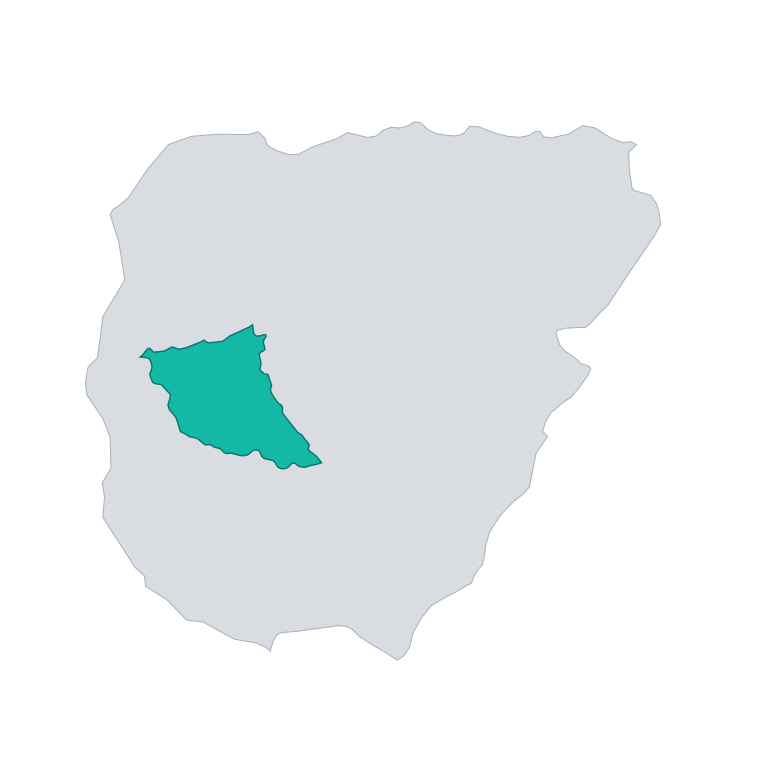 Florida highlighted on a map of Uruguay, rotated 81°
{"feature_id": "URY-18", "entity_name": "Florida", "entity_type": "Department", "adm_level": 1, "iso_a3": "URY", "parent_name": "Uruguay", "parent_adm1": "", "projection": "orthographic", "projection_center": [-55.814, -33.776], "detail": "fine", "context": "in_parent", "style": "filled", "palette": "teal", "viewbox_px": 768, "rotation_deg": 81, "n_neighbors": 0, "source": "natural_earth", "source_scale": "10m", "svg_char_len": 5002}
<svg xmlns="http://www.w3.org/2000/svg" viewBox="0 0 768 768"><g transform="rotate(81 384 384)"><path d="M630.4,537.9L625.3,542.3L619.7,550.9L612.8,571.5L590.9,599.8L586.2,615.9L563.0,632.4L546.5,651.1L536.0,650.5L526.4,658.5L471.6,682.6L452.1,677.8L437.6,677.8L424.2,666.8L393.4,662.8L374.2,667.1L348.3,679.2L340.5,679.0L334.9,678.4L320.9,673.5L313.2,662.9L273.2,651.0L240.7,623.7L202.7,623.7L173.7,627.9L169.1,624.3L166.0,617.2L159.7,607.1L134.1,583.1L113.7,559.3L109.2,535.5L111.3,509.4L116.5,478.5L115.2,468.9L122.5,463.2L129.8,462.0L136.6,453.8L142.7,441.7L143.6,432.5L138.3,415.8L134.4,392.2L130.0,380.6L137.8,361.9L137.9,352.9L133.1,345.1L131.6,337.0L133.6,328.6L133.0,320.5L129.8,312.9L131.9,306.5L139.3,301.3L144.8,293.4L148.3,282.9L150.1,274.9L150.0,269.4L147.7,264.3L142.9,259.5L144.9,249.8L153.6,235.1L159.1,222.1L161.6,210.8L161.2,201.8L158.1,194.9L159.3,190.3L164.8,187.7L167.1,180.4L166.0,162.3L159.9,147.4L164.1,135.5L176.5,121.6L182.9,110.4L183.4,102.0L187.2,97.1L193.4,106.1L211.4,108.2L229.5,108.3L232.4,105.9L239.4,91.0L248.7,86.6L258.9,85.4L270.1,86.0L282.1,95.8L315.9,127.7L340.6,149.9L348.1,160.5L354.6,168.3L359.5,175.7L357.4,194.8L357.8,203.2L358.9,205.6L364.5,205.8L372.8,204.4L379.8,200.3L385.2,194.2L390.6,189.2L394.9,186.5L396.5,182.5L399.0,178.3L401.5,177.4L406.4,180.5L417.8,191.5L426.6,201.6L428.8,207.4L432.2,213.4L435.8,218.7L438.3,223.8L446.9,230.5L455.5,234.8L461.4,230.6L476.1,244.6L508.5,256.5L514.4,263.6L519.9,273.7L531.1,288.9L546.6,302.8L559.1,308.7L571.1,312.2L577.9,315.3L582.4,320.6L589.7,326.4L594.3,328.6L595.8,333.6L600.3,344.7L605.0,358.7L610.2,371.7L621.6,384.4L634.6,394.3L648.2,400.1L655.7,407.1L658.8,414.2L649.4,424.4L639.1,437.2L630.0,447.3L620.8,454.3L617.6,459.2L615.5,466.8L614.7,507.6L613.6,522.7L614.1,526.8L615.4,529.5L621.0,533.7L627.7,537.2L630.4,537.9Z" fill="#d9dde1" stroke="#a8b0b8" stroke-width="1"/><path d="M436.7,469.0L437.8,468.4L439.2,467.4L444.9,462.0L446.7,460.8L452.0,458.0L452.9,464.7L452.9,469.0L453.9,474.6L453.8,475.8L453.4,477.3L452.2,480.3L451.4,481.6L450.7,482.4L449.2,483.4L448.8,483.9L448.4,484.4L448.1,485.0L447.9,485.8L448.1,487.1L448.3,487.9L450.3,490.6L451.0,491.5L451.6,492.6L451.8,493.2L451.9,493.9L452.0,496.2L451.8,497.8L451.5,498.7L451.0,499.8L449.7,501.3L449.1,502.0L448.5,502.4L445.0,503.7L443.9,504.2L443.0,504.8L442.8,505.1L442.7,505.2L442.6,505.3L442.4,505.5L441.9,506.4L441.2,507.9L439.3,513.0L438.8,513.8L437.8,514.9L437.1,515.4L436.5,515.9L435.3,516.4L432.0,517.2L430.8,517.6L430.3,518.0L429.9,518.7L429.5,519.7L429.1,521.6L429.0,522.7L429.2,523.6L429.4,524.2L429.7,524.7L432.2,528.9L432.5,529.4L432.7,530.1L432.8,530.7L432.9,531.5L432.9,532.2L432.6,535.5L432.2,537.0L428.7,545.0L428.3,546.2L428.0,550.3L427.6,551.2L427.1,552.1L425.8,553.3L423.7,554.6L422.8,555.4L422.4,555.9L421.5,557.4L420.2,560.7L419.1,562.3L417.9,563.5L417.2,564.5L416.7,565.3L416.3,566.9L416.4,567.8L416.3,568.5L416.2,569.2L416.0,569.9L415.6,570.7L414.9,571.4L409.9,575.7L408.7,577.1L408.2,577.9L407.7,578.9L406.8,581.0L406.1,583.3L405.7,584.2L404.9,585.2L402.1,588.2L399.1,592.5L386.3,594.3L383.4,595.3L376.5,599.5L375.6,599.9L374.5,600.2L372.1,600.5L371.0,600.5L370.1,600.3L364.7,597.7L362.6,597.0L361.2,596.9L360.3,597.0L351.1,603.1L350.2,603.9L349.5,604.7L349.3,605.3L348.0,609.3L347.1,611.0L346.3,612.0L345.2,612.4L340.2,613.6L338.5,613.7L337.3,613.6L332.8,611.1L331.6,610.7L330.6,610.5L329.1,610.5L326.0,610.7L324.3,611.2L323.0,611.7L322.0,612.3L320.9,614.3L319.2,620.5L318.4,619.0L317.9,618.2L312.3,612.1L312.0,611.5L312.0,610.8L312.4,609.7L312.9,609.1L313.5,608.7L315.4,607.6L315.9,607.2L316.2,606.7L316.5,606.1L316.7,605.0L317.1,596.8L317.0,595.6L316.5,593.7L314.6,589.0L314.4,588.4L314.4,587.6L314.7,586.7L315.0,586.0L317.2,582.0L317.4,581.3L317.6,580.3L317.6,578.9L317.2,573.8L314.0,559.0L312.5,554.9L313.8,553.9L314.6,553.0L315.0,552.5L315.3,551.9L315.6,551.4L315.8,550.7L316.0,550.0L316.1,549.2L316.6,537.7L316.4,536.6L315.9,535.2L314.1,531.8L312.6,529.4L306.6,507.9L305.0,504.6L313.1,504.8L313.9,504.6L314.9,504.1L316.2,503.0L316.8,502.2L317.0,501.3L317.0,498.2L316.6,495.3L316.6,494.6L316.6,493.8L316.9,493.2L317.4,492.9L318.5,493.1L319.1,493.5L320.0,494.4L320.5,494.8L322.0,495.9L323.2,496.4L323.9,496.6L324.7,496.7L329.5,496.1L330.3,496.1L331.0,496.3L331.5,496.6L331.9,497.0L332.2,497.6L332.5,498.1L333.2,500.6L333.5,501.2L333.9,501.7L334.4,502.1L334.9,502.4L335.6,502.6L336.3,502.7L342.2,502.2L345.1,502.5L350.1,504.1L350.9,504.0L351.6,503.7L352.6,502.8L354.8,501.2L355.3,500.5L355.7,499.7L355.9,498.3L356.2,497.6L356.7,497.1L357.7,496.8L361.2,496.4L366.6,495.4L367.3,495.3L368.1,495.4L368.8,495.6L370.4,496.6L371.1,496.8L371.8,496.9L373.3,497.0L374.0,496.9L377.5,495.8L383.8,492.9L386.6,491.1L387.5,490.3L388.2,489.5L388.6,489.0L389.1,488.5L389.8,488.2L391.1,488.0L392.0,488.1L395.8,488.7L396.6,488.7L398.9,487.8L418.7,476.6L420.8,474.0L421.6,473.1L427.3,470.2L429.7,468.6L431.9,467.5L432.9,467.6L433.6,467.8L435.3,468.7L435.9,468.9L436.7,469.0Z" fill="#14b8a6" stroke="#0f766e" stroke-width="1.5"/></g></svg>